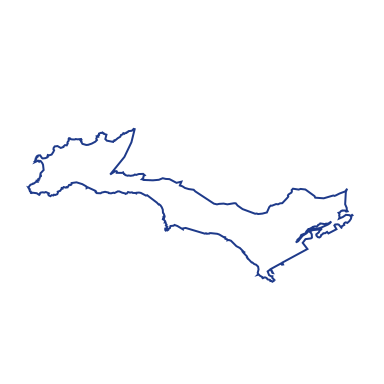 the district of East Mahe, Anse Royale, Seychelles, rotated 112°
{"feature_id": "34574756B49819614716360", "entity_name": "East Mahe", "entity_type": "district", "adm_level": 2, "iso_a3": "SYC", "parent_name": "Seychelles", "parent_adm1": "Anse Royale", "projection": "natural_earth1", "projection_center": [55.513, -4.728], "detail": "fine", "context": "isolated", "style": "outline", "palette": "blue", "viewbox_px": 384, "rotation_deg": 112, "n_neighbors": 0, "source": "geoboundaries", "source_scale": "gbopen_adm2", "svg_char_len": 6012}
<svg xmlns="http://www.w3.org/2000/svg" viewBox="0 0 384 384"><g transform="rotate(112 192 192)"><path d="M153.3,35.0L154.7,35.7L154.5,37.3L155.5,40.7L158.7,42.8L161.6,45.7L159.9,45.7L158.8,46.7L157.4,46.9L156.4,48.3L155.6,47.3L153.9,46.7L152.8,45.7L152.9,45.1L152.2,44.3L152.0,43.3L152.4,41.7L151.6,40.5L150.4,42.0L148.9,42.5L146.0,45.4L134.3,49.4L130.8,49.4L134.0,50.1L138.1,54.6L141.3,57.4L142.2,58.4L142.3,59.6L143.1,60.7L148.5,67.5L151.1,75.6L149.9,76.9L147.2,87.8L148.5,92.5L149.8,94.0L151.1,99.6L152.9,100.3L154.1,99.6L155.3,99.6L158.0,101.5L159.2,101.8L160.2,101.0L161.6,101.4L168.5,104.1L169.6,106.2L171.2,107.6L171.7,109.5L174.8,112.8L175.1,113.9L177.0,114.7L182.9,114.9L185.7,118.7L187.7,122.5L187.7,123.9L188.5,125.3L188.9,138.7L187.5,144.6L186.1,147.2L186.6,148.7L190.2,154.6L190.9,158.3L192.8,162.3L194.1,164.2L194.6,167.3L190.2,189.2L189.3,191.3L190.5,196.1L190.9,200.1L190.3,203.0L190.5,205.7L186.4,205.7L189.3,209.8L188.5,217.7L189.7,221.2L190.2,224.3L193.1,227.3L195.8,232.6L199.0,241.5L198.5,241.8L198.9,243.2L197.2,242.5L195.1,242.9L194.2,242.1L193.5,244.1L195.3,248.1L197.1,250.2L197.2,251.5L198.5,252.5L200.0,255.0L200.4,256.9L201.0,257.7L201.3,260.2L200.6,261.4L200.8,261.9L199.6,263.2L200.5,264.0L202.4,269.0L201.1,269.4L201.0,270.0L201.6,271.1L206.4,274.4L184.8,267.8L168.6,266.8L155.2,268.7L155.3,269.7L157.7,270.7L159.4,273.7L160.3,273.9L161.3,275.0L161.8,274.9L162.7,276.3L163.3,276.5L163.2,277.7L164.6,277.9L165.8,279.2L167.6,279.2L170.1,281.1L172.0,282.0L173.1,283.3L173.7,283.0L174.6,284.1L175.1,284.0L176.3,290.2L175.4,292.2L170.9,292.8L171.1,295.6L170.7,295.7L170.4,297.4L171.0,297.6L171.4,298.8L172.7,300.1L173.4,299.8L174.5,300.2L174.7,299.7L175.4,300.3L175.9,299.9L176.1,301.2L177.1,300.7L178.6,300.7L179.4,299.6L181.6,300.5L184.7,303.1L187.2,306.0L188.0,307.7L188.4,311.6L186.9,313.6L186.4,313.5L186.0,314.6L184.9,314.1L184.4,314.7L186.0,317.7L186.5,319.7L187.1,320.2L187.8,321.8L188.4,323.8L188.4,324.5L188.0,324.9L188.1,326.1L189.0,326.3L190.6,325.5L191.8,326.0L193.3,325.9L193.6,325.4L195.7,325.6L196.1,327.3L198.1,328.3L198.5,328.1L200.3,330.2L199.8,333.9L201.2,336.4L203.1,336.8L204.4,336.4L204.9,335.5L207.0,335.6L209.9,336.2L211.6,338.3L211.7,339.5L213.3,339.4L213.5,338.9L214.3,339.3L215.6,340.7L216.8,343.0L216.7,343.8L214.9,346.5L215.5,347.9L216.4,348.9L217.6,349.4L218.1,349.3L218.0,348.8L219.3,349.5L219.8,348.8L221.2,349.3L221.8,348.8L222.2,349.0L222.1,348.5L223.0,348.7L220.9,346.7L220.6,346.3L221.2,345.1L220.1,344.7L220.0,343.9L221.4,341.5L222.6,340.3L227.2,337.8L231.3,339.4L233.2,339.0L233.2,338.3L233.8,338.0L235.2,338.7L236.9,338.4L237.6,339.3L238.2,338.9L238.5,339.2L238.8,338.8L239.6,340.1L240.4,339.1L241.0,340.4L243.5,341.9L243.6,342.5L244.2,342.7L245.8,344.5L248.6,345.3L249.3,344.8L249.3,345.3L250.5,343.8L250.4,343.4L251.0,343.4L252.1,342.5L252.0,341.6L253.2,341.0L253.0,340.1L252.4,339.7L251.3,335.5L251.9,332.6L251.3,332.3L250.1,332.5L249.2,332.0L248.2,330.3L247.9,328.8L246.8,327.5L246.9,324.2L248.0,324.4L248.8,323.6L248.9,321.7L247.5,320.9L247.1,319.2L246.2,319.0L246.0,317.7L244.5,316.1L242.7,316.1L242.0,316.6L240.2,314.6L238.0,314.2L237.6,313.5L236.9,314.1L236.4,313.1L235.5,312.8L235.2,310.5L234.4,310.2L234.3,309.1L231.5,308.6L231.0,307.8L231.0,307.1L230.2,306.6L228.8,307.0L226.3,302.7L225.8,296.7L226.3,292.8L226.7,291.1L227.3,291.5L227.9,291.2L226.7,290.2L227.1,282.0L227.3,281.5L227.7,281.8L228.3,281.2L228.7,279.9L227.4,276.2L226.4,275.6L224.4,272.7L223.8,269.2L224.2,268.8L223.6,266.6L222.1,264.6L222.0,263.5L219.2,261.0L218.7,259.6L218.8,256.4L218.3,253.2L218.6,252.9L217.7,251.8L216.0,251.3L215.8,249.3L214.8,247.5L215.0,246.5L214.2,244.3L214.2,243.1L213.5,243.2L212.4,241.0L212.0,239.1L212.6,233.3L211.8,232.4L215.0,220.6L216.1,218.2L215.7,217.9L216.2,216.2L217.4,214.4L219.3,212.5L222.2,211.1L222.5,210.3L224.5,208.5L224.9,208.8L225.3,208.3L225.8,208.8L225.9,208.4L226.9,208.1L227.5,208.9L228.2,208.8L228.2,207.8L229.1,206.0L230.0,205.9L229.7,205.6L230.0,205.1L231.2,204.4L231.8,203.4L232.9,203.6L233.5,201.9L234.3,202.1L235.0,201.7L235.8,202.9L236.3,202.4L236.7,202.8L237.4,202.4L237.6,201.9L236.8,201.5L236.9,200.5L235.9,199.8L235.0,200.0L233.8,199.0L231.6,199.2L230.1,196.4L229.1,195.9L229.0,192.8L230.0,186.5L229.2,186.8L227.7,184.4L225.8,164.4L225.0,163.6L225.2,162.7L224.0,160.3L223.5,160.1L223.1,159.2L221.3,152.9L221.2,150.7L222.2,144.1L221.6,144.7L221.5,144.2L222.9,143.5L222.7,141.9L223.1,140.9L223.4,140.9L222.7,139.8L222.6,137.6L225.6,130.5L226.0,126.6L227.8,122.4L228.4,122.7L229.2,121.1L227.3,120.8L229.3,121.0L231.1,117.0L231.9,116.2L232.2,116.4L233.0,115.2L232.9,114.9L235.0,110.3L234.7,109.7L235.5,107.3L235.4,105.4L236.4,102.8L238.8,101.3L242.4,100.8L243.2,99.7L244.2,100.1L243.5,99.2L244.2,97.6L244.5,95.0L245.1,94.8L245.4,94.0L244.1,92.9L243.7,91.8L243.9,90.4L244.7,89.2L244.3,86.8L245.2,86.0L244.7,85.1L245.1,83.9L243.8,82.9L242.9,83.3L242.6,82.9L241.5,85.4L240.0,85.9L240.5,87.0L240.2,89.4L237.3,92.1L234.2,90.2L236.9,87.1L236.8,86.6L233.9,90.1L225.1,82.9L225.7,81.4L225.1,80.4L223.6,81.8L201.6,63.6L197.7,70.3L193.2,69.1L190.5,64.4L189.4,63.7L186.4,65.1L185.4,66.3L184.7,68.3L183.9,68.4L184.0,67.4L182.3,66.1L179.5,60.8L178.0,58.9L177.4,59.1L177.5,58.4L178.1,58.1L180.1,59.2L181.9,59.3L184.7,60.9L185.8,60.3L186.7,58.4L186.4,56.8L185.1,56.0L183.4,56.1L182.4,55.2L181.1,54.8L180.3,53.1L178.4,51.8L179.3,50.0L172.4,44.1L169.7,47.5L168.5,47.1L167.4,44.8L167.3,43.7L169.6,39.2L168.6,41.0L165.5,38.5L164.7,39.2L163.4,38.9L162.5,38.0L162.5,36.4L160.1,35.2L157.3,34.6L155.9,34.8L155.3,35.6L153.5,34.5L153.3,35.0ZM167.2,51.8L169.4,52.5L171.4,53.9L177.3,59.6L179.8,63.4L181.5,67.3L182.6,68.4L187.5,70.4L191.2,73.1L197.8,75.1L199.2,76.2L199.1,76.5L198.1,76.4L197.8,77.1L198.1,75.9L197.5,75.5L196.7,76.3L193.8,74.8L190.9,74.6L187.4,71.0L186.0,71.3L182.7,70.2L182.3,69.1L181.5,68.7L181.6,68.3L180.6,67.4L180.2,67.6L179.5,67.0L179.6,66.2L178.9,66.6L177.8,65.1L177.3,63.4L175.7,62.6L175.2,62.7L174.0,61.5L173.1,61.3L171.9,56.4L171.2,56.0L170.4,53.9L167.2,51.8Z" fill="none" stroke="#1e3a8a" stroke-width="2"/></g></svg>